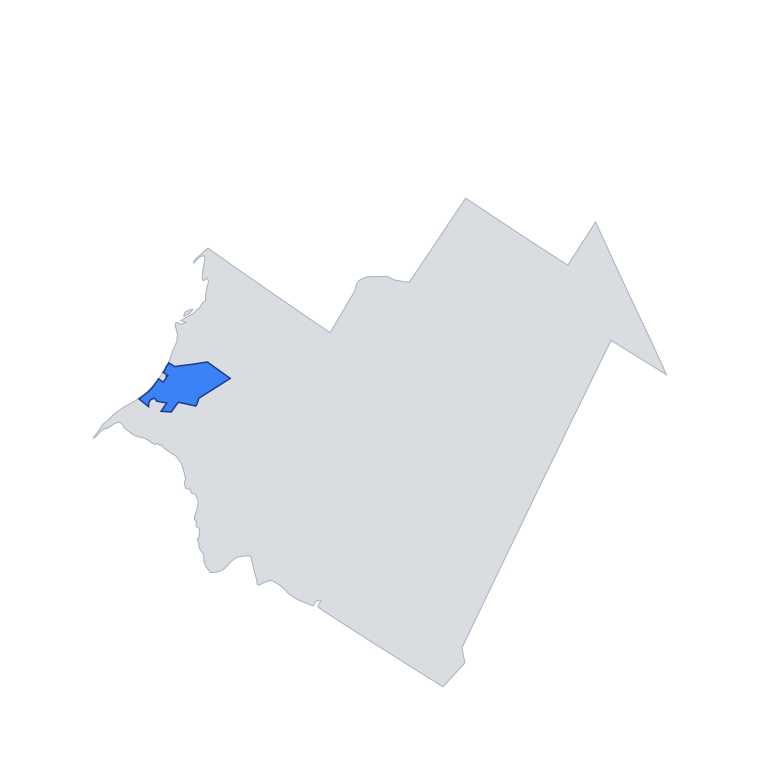 Ouad Naga, Trarza, Mauritania shown in context, rotated 35°
{"feature_id": "47542326B19423449459947", "entity_name": "Ouad Naga", "entity_type": "district", "adm_level": 2, "iso_a3": "MRT", "parent_name": "Mauritania", "parent_adm1": "Trarza", "projection": "albers", "projection_center": [-15.755, 18.145], "detail": "fine", "context": "in_parent", "style": "filled", "palette": "blue", "viewbox_px": 768, "rotation_deg": 35, "n_neighbors": 0, "source": "geoboundaries", "source_scale": "gbopen_adm2", "svg_char_len": 4193}
<svg xmlns="http://www.w3.org/2000/svg" viewBox="0 0 768 768"><g transform="rotate(35 384 384)"><path d="M343.1,635.7L342.2,635.4L338.0,632.6L336.0,629.2L332.7,626.6L328.1,625.0L325.1,623.0L323.7,620.8L322.0,619.4L320.2,618.6L320.1,617.8L320.5,616.7L320.0,614.7L317.3,610.2L314.8,608.1L312.7,608.5L311.5,607.9L310.7,607.0L310.4,605.5L309.0,604.2L306.5,603.7L304.4,600.4L302.8,594.2L300.8,589.4L298.3,586.0L296.6,584.7L295.3,584.5L294.9,584.0L294.5,583.0L292.6,582.6L290.0,583.7L287.6,583.4L286.4,581.7L284.8,581.6L282.8,583.0L280.5,582.6L278.0,580.4L276.6,578.2L276.3,576.1L271.9,571.8L263.6,565.3L254.5,562.3L244.7,562.8L239.2,562.5L238.0,561.5L236.8,561.6L235.6,562.8L234.3,563.0L233.0,562.4L232.1,562.9L231.8,564.5L228.3,565.4L221.8,565.4L216.5,566.5L212.4,568.5L206.7,569.4L199.3,569.1L194.9,568.3L193.4,567.1L191.2,566.8L188.5,567.5L186.0,570.7L183.9,576.5L182.1,579.8L180.6,580.6L179.1,585.0L178.2,592.2L176.9,595.4L177.0,577.3L179.1,570.6L179.8,564.6L184.4,551.5L189.8,540.8L194.8,526.5L196.7,512.7L196.1,499.2L194.6,487.1L192.1,479.2L189.8,467.7L186.2,461.6L179.8,456.2L178.3,453.1L179.8,452.0L183.8,451.2L186.3,447.1L181.0,448.7L187.2,436.0L189.1,427.4L188.8,421.7L190.0,418.2L185.3,410.6L181.7,401.1L179.9,399.5L177.9,398.7L177.8,401.0L176.7,403.0L174.4,401.8L170.5,394.8L165.0,383.5L163.0,382.3L161.4,383.8L160.3,385.3L158.4,394.7L157.8,391.0L158.7,386.6L160.1,381.2L161.7,373.7L166.5,373.7L175.1,373.7L192.4,373.8L201.1,373.8L218.3,373.7L227.0,373.7L244.3,373.6L252.9,373.5L270.2,373.4L278.8,373.3L296.1,373.1L304.7,372.9L310.4,372.9L310.0,367.5L309.7,363.3L309.2,357.6L308.8,351.9L308.4,346.2L308.0,340.9L307.5,335.5L307.2,330.6L306.8,326.1L306.3,323.5L304.4,318.3L304.0,315.8L304.4,313.0L305.6,310.5L308.9,305.7L313.9,302.1L319.6,297.8L324.0,294.6L326.3,293.8L333.2,292.6L338.6,290.1L343.9,287.6L346.1,286.3L346.3,281.9L344.3,184.9L370.3,184.3L377.1,184.2L424.9,182.8L431.7,182.6L466.5,181.3L466.3,176.8L466.0,170.2L465.7,161.3L465.3,152.3L464.7,136.5L464.4,129.9L471.4,134.0L485.5,142.3L492.5,146.4L506.6,154.6L520.8,162.8L534.9,171.0L542.0,175.0L549.1,179.1L556.2,183.2L563.4,187.2L577.6,195.3L583.6,198.7L592.8,204.2L601.5,209.3L610.1,214.4L597.2,215.1L580.0,216.1L568.3,216.8L556.2,217.4L544.9,218.0L546.4,227.1L547.9,237.0L549.5,246.9L551.0,256.8L552.6,266.7L557.3,296.5L558.8,306.5L560.4,316.4L562.0,326.3L563.6,336.3L566.8,356.2L568.3,366.2L569.9,376.1L571.5,386.1L573.1,396.0L574.7,406.0L578.0,425.9L579.6,435.9L581.2,445.9L582.8,455.8L584.4,465.8L586.1,475.8L587.7,485.8L589.3,495.7L592.6,515.7L594.3,525.6L595.9,535.6L597.5,545.6L599.1,555.2L604.0,560.1L610.2,566.1L609.0,575.3L607.6,586.2L606.0,598.2L589.9,599.1L574.0,599.9L534.3,601.8L526.4,602.2L486.7,603.8L478.8,604.1L463.5,604.7L458.9,604.6L457.2,603.7L456.4,597.6L455.1,598.1L453.6,599.9L452.8,601.9L453.2,604.4L453.0,606.6L447.9,607.6L441.1,609.3L433.8,610.6L426.5,610.5L424.0,610.0L421.3,609.3L415.4,608.6L412.3,608.6L408.6,608.9L404.4,609.5L403.0,610.7L399.9,615.3L396.9,620.7L394.8,620.7L392.5,617.9L386.0,612.6L378.2,605.6L374.6,602.1L372.8,601.7L369.2,604.3L366.1,606.9L362.9,610.4L361.5,613.8L360.4,617.8L360.0,622.5L358.9,627.9L356.3,632.3L353.2,635.7L350.9,637.3L350.0,638.1L343.1,635.7ZM183.7,439.2L181.3,443.2L180.2,441.7L179.8,439.1L182.0,435.4L183.0,433.5L184.9,432.8L183.7,439.2Z" fill="#d9dde1" stroke="#a8b0b8" stroke-width="1"/><path d="M226.9,467.1L221.4,472.3L219.1,474.5L212.8,480.4L211.2,481.9L207.1,485.5L202.7,489.7L195.6,490.1L195.8,491.7L195.8,492.4L195.8,492.6L195.6,493.8L195.8,495.3L195.9,495.9L196.1,496.4L196.2,496.8L196.3,497.2L196.3,498.3L196.4,499.0L196.6,500.1L196.1,501.1L198.0,501.1L199.9,501.0L201.9,501.0L201.0,502.5L202.1,502.5L202.1,504.5L202.1,507.0L202.2,509.1L198.9,509.1L196.2,509.2L196.5,510.3L196.5,511.3L196.4,513.5L196.3,516.2L196.3,517.7L196.2,519.5L195.9,521.7L195.8,522.5L195.3,525.3L194.6,528.1L194.0,530.4L193.0,533.3L191.7,536.7L204.1,537.6L203.2,536.1L202.4,534.9L202.1,533.6L201.8,530.6L204.2,527.2L207.8,528.4L216.9,524.2L217.0,534.3L225.8,528.9L225.8,524.9L225.9,518.4L226.3,516.6L229.7,515.5L230.5,515.0L242.3,510.1L242.5,508.8L242.4,508.1L240.5,501.9L254.8,467.6L227.6,467.3L226.9,467.1Z" fill="#3b82f6" stroke="#1e3a8a" stroke-width="1.5"/></g></svg>